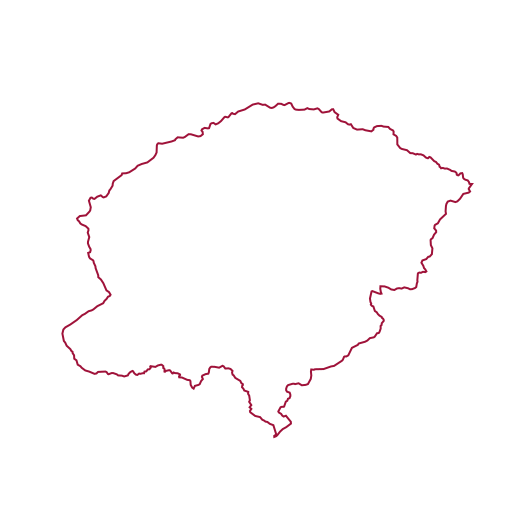 outline of Alpujarra, Tolima, Colombia, rotated 199°
{"feature_id": "7082276B44819240865688", "entity_name": "Alpujarra", "entity_type": "district", "adm_level": 2, "iso_a3": "COL", "parent_name": "Colombia", "parent_adm1": "Tolima", "projection": "orthographic", "projection_center": [-74.953, 3.394], "detail": "fine", "context": "isolated", "style": "outline", "palette": "rose", "viewbox_px": 512, "rotation_deg": 199, "n_neighbors": 0, "source": "geoboundaries", "source_scale": "gbopen_adm2", "svg_char_len": 6059}
<svg xmlns="http://www.w3.org/2000/svg" viewBox="0 0 512 512"><g transform="rotate(199 256 256)"><path d="M298.9,401.1L303.6,401.1L308.4,398.1L314.3,390.9L319.9,386.8L322.0,383.3L324.1,383.0L325.0,383.4L325.6,383.0L327.3,378.3L327.8,377.9L330.5,377.6L331.1,376.9L333.0,372.2L334.9,369.2L337.0,367.3L339.5,368.0L341.3,367.0L342.0,366.0L342.0,361.6L343.0,361.0L346.3,360.4L348.3,358.2L348.4,356.9L346.9,356.0L345.9,353.8L347.5,351.3L349.6,350.2L357.2,349.9L359.4,349.2L362.0,345.4L363.4,344.1L368.7,342.7L370.2,340.1L370.3,339.1L373.1,336.8L381.3,331.6L385.1,330.8L385.8,329.3L385.7,328.1L383.7,321.5L384.0,318.6L384.9,315.5L389.2,309.1L394.0,305.8L397.3,302.8L398.7,299.4L403.1,293.9L405.7,292.0L409.4,290.5L409.4,288.7L415.0,280.5L415.0,277.8L414.5,275.8L415.5,271.3L416.0,270.3L415.8,267.6L417.0,263.6L419.1,261.8L420.0,261.8L422.5,262.8L425.4,260.4L427.3,257.4L428.5,257.2L430.3,257.8L431.4,257.2L432.0,253.9L428.1,248.3L427.6,245.1L427.9,243.8L430.0,239.1L435.6,236.4L437.4,233.2L436.2,231.8L434.6,231.2L432.7,229.6L431.1,229.1L426.8,228.8L423.4,227.3L422.8,225.9L422.7,223.3L419.8,219.6L419.5,214.8L419.0,213.2L416.7,210.4L414.7,208.7L414.2,207.6L414.1,205.6L415.7,204.3L413.6,200.9L412.2,199.7L408.7,198.9L408.0,198.3L407.2,196.8L404.5,194.0L403.7,192.3L398.9,186.4L398.2,184.6L395.0,183.3L391.5,180.6L386.2,174.8L383.2,174.0L380.9,172.0L381.3,170.5L382.7,169.3L383.3,166.8L384.6,164.3L385.1,161.6L389.7,156.9L392.4,152.5L393.8,151.0L396.3,149.3L399.0,145.5L401.0,143.5L404.6,137.1L409.3,130.7L413.0,126.5L414.2,123.8L413.8,119.6L410.0,113.1L408.2,112.0L405.8,109.5L401.2,107.5L399.8,106.2L398.3,105.7L397.7,104.4L395.7,102.9L394.4,99.7L391.8,98.9L389.2,95.2L386.1,94.6L384.5,93.6L380.2,92.2L376.1,92.4L370.3,92.0L368.6,93.0L367.8,94.7L367.3,95.1L360.8,97.7L359.5,97.6L357.5,96.2L356.9,96.2L354.4,98.3L353.0,98.8L349.1,98.8L347.5,98.2L343.9,99.2L341.4,99.2L338.3,101.4L338.1,103.1L337.0,105.4L335.4,107.1L334.7,107.0L332.9,105.5L330.8,104.7L329.5,104.9L328.2,106.8L327.1,106.9L324.9,108.3L323.7,108.7L323.8,110.4L322.2,111.2L321.4,113.5L319.9,114.2L319.2,116.1L320.0,117.0L319.9,117.5L315.0,118.4L313.1,120.6L310.3,122.4L309.6,122.4L307.8,121.7L307.2,119.9L306.1,119.7L305.5,119.0L304.9,116.9L304.4,116.9L303.8,118.0L300.9,119.8L299.9,119.8L297.1,117.8L296.5,117.8L296.0,119.0L294.5,118.9L291.9,119.6L289.4,119.3L289.0,118.8L289.6,117.2L289.1,116.3L286.4,117.0L280.7,116.5L278.2,117.0L277.3,116.4L275.8,112.9L273.5,110.8L271.8,110.3L271.5,113.3L268.4,115.4L267.5,116.5L267.2,119.9L266.2,122.4L267.8,124.1L267.8,125.4L265.2,127.9L262.8,129.2L262.7,130.7L263.4,133.9L263.0,135.7L262.3,136.7L259.3,137.7L254.5,138.4L251.9,141.3L250.6,141.1L248.4,139.6L245.5,140.8L243.3,140.9L240.8,139.7L240.7,138.0L239.5,136.2L238.3,135.9L235.9,134.0L230.2,132.8L228.4,131.0L226.8,130.6L226.4,129.8L226.8,128.9L226.5,127.4L224.7,126.4L223.3,125.0L219.1,125.0L218.6,123.1L217.0,121.8L214.8,117.6L215.0,115.9L211.9,113.5L212.8,110.9L210.6,109.9L211.3,107.5L210.6,106.4L204.7,104.5L199.7,105.0L196.7,103.2L195.0,103.1L193.1,102.5L191.2,102.8L188.3,101.8L184.5,101.7L179.0,94.2L179.4,92.9L180.2,91.8L179.8,90.9L178.2,92.3L177.5,93.6L176.1,97.7L174.4,101.0L171.7,104.0L168.4,108.9L169.1,110.6L175.7,114.7L177.6,113.2L179.3,113.7L180.8,114.9L183.5,115.5L184.3,116.3L183.5,121.0L182.7,121.7L180.6,122.5L180.4,122.9L180.4,128.0L179.3,129.3L179.3,131.4L178.0,132.5L177.9,134.8L178.5,136.3L179.7,137.8L182.5,137.8L183.8,138.9L184.3,140.4L184.3,142.8L183.6,144.4L179.8,147.1L178.5,147.6L177.3,147.6L174.3,149.5L170.6,148.7L167.1,150.3L165.2,151.8L164.2,157.6L164.8,161.0L166.4,164.5L166.8,166.7L164.2,167.3L163.4,168.1L155.3,171.1L149.1,176.0L146.4,177.5L140.6,185.0L140.1,186.2L139.9,189.4L139.3,190.0L137.9,190.4L136.4,192.1L135.4,200.4L130.8,205.1L130.4,206.7L125.0,210.4L123.2,212.3L121.6,215.4L118.2,217.4L117.5,218.3L116.4,222.4L114.9,223.1L114.5,224.5L114.5,228.0L115.4,230.4L114.8,231.6L115.2,233.4L114.1,236.2L114.4,237.1L115.4,238.1L116.7,238.5L117.3,239.3L119.8,239.8L121.9,240.8L123.5,242.1L125.7,242.7L128.6,246.5L130.3,246.6L131.6,247.4L131.6,248.6L132.8,249.8L134.4,252.9L135.2,260.1L134.6,260.7L128.1,260.5L126.1,260.7L125.1,261.3L126.3,262.7L127.8,265.4L128.5,267.9L124.5,269.1L120.5,269.1L117.3,268.4L114.1,268.9L112.1,271.2L110.2,272.2L107.7,272.6L105.6,274.6L101.8,275.0L99.5,274.7L97.6,275.5L95.2,277.5L94.4,278.8L95.0,282.6L94.9,284.2L95.6,285.7L97.2,292.0L97.0,292.8L96.0,293.6L94.6,293.8L93.0,295.4L90.6,295.9L89.9,296.9L91.7,298.5L93.2,299.3L94.6,301.2L97.4,303.5L97.2,306.0L94.0,308.5L92.9,311.3L91.6,312.0L90.3,315.0L91.7,320.7L94.2,323.2L96.1,327.9L96.1,328.6L94.9,330.4L94.6,334.2L93.4,337.2L94.0,338.7L96.5,340.2L97.0,342.8L96.8,343.8L94.7,346.1L93.9,350.5L90.1,357.7L91.3,360.0L92.7,365.2L92.9,367.3L92.4,369.9L90.1,371.7L85.0,371.9L83.4,373.2L81.7,376.6L80.2,382.2L75.5,385.2L74.6,386.7L76.7,388.6L76.8,389.2L75.2,394.4L77.6,393.7L78.8,395.3L80.4,396.4L83.0,396.3L84.6,396.7L85.6,397.4L87.1,400.5L88.0,401.5L89.6,400.7L90.8,398.2L91.9,398.0L92.7,398.3L93.2,399.5L94.0,400.1L95.5,400.6L98.9,400.1L100.3,400.6L103.9,400.9L105.9,400.1L108.0,400.1L109.6,399.2L110.6,400.0L111.4,400.1L112.5,401.8L113.2,402.1L114.4,402.2L116.4,403.5L118.4,403.7L123.1,406.1L124.4,406.1L125.1,404.5L125.7,404.3L127.4,404.4L130.4,405.7L133.3,405.8L135.1,405.1L136.9,405.0L137.8,404.0L141.3,404.2L143.6,403.5L147.7,405.2L153.0,404.7L154.8,405.0L158.7,407.5L161.0,414.0L162.6,415.2L165.6,415.8L166.4,418.5L167.3,419.3L170.7,419.8L172.9,421.1L177.5,419.9L179.8,419.9L183.9,418.2L186.1,416.1L186.4,415.0L186.1,413.6L187.5,411.4L193.6,410.5L196.4,410.6L201.6,408.4L205.7,408.7L209.2,411.5L210.3,410.7L211.9,410.5L214.8,411.6L219.5,411.2L223.7,412.5L224.4,413.7L224.2,416.3L228.5,417.6L230.8,419.9L232.0,419.4L233.8,416.5L239.4,413.4L240.7,413.3L244.5,415.4L246.0,415.6L249.1,413.4L253.5,412.3L255.6,412.5L257.8,410.2L263.0,408.1L265.9,407.4L267.4,407.5L270.0,409.2L272.3,411.6L274.1,411.7L275.0,411.3L278.1,408.0L279.3,407.8L281.7,408.1L284.7,407.2L286.5,403.9L287.8,402.2L289.3,401.1L290.9,400.8L296.6,402.1L298.9,401.1Z" fill="none" stroke="#9f1239" stroke-width="2"/></g></svg>